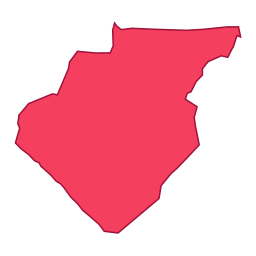 Remo North, Ogun, Nigeria (Albers equal-area conic projection)
{"feature_id": "59680162B54973397451304", "entity_name": "Remo North", "entity_type": "district", "adm_level": 2, "iso_a3": "NGA", "parent_name": "Nigeria", "parent_adm1": "Ogun", "projection": "albers", "projection_center": [3.74, 7.002], "detail": "fine", "context": "isolated", "style": "filled", "palette": "rose", "viewbox_px": 256, "rotation_deg": 0, "n_neighbors": 0, "source": "geoboundaries", "source_scale": "gbopen_adm2", "svg_char_len": 863}
<svg xmlns="http://www.w3.org/2000/svg" viewBox="0 0 256 256"><path d="M238.5,26.8L236.6,26.8L236.0,26.9L227.2,26.9L203.5,29.3L186.5,30.3L155.2,29.3L132.0,28.3L121.1,29.6L116.6,25.9L114.6,23.0L112.7,30.0L113.2,45.8L110.2,52.9L95.8,53.0L77.5,51.3L69.6,61.9L68.6,68.3L57.4,94.8L52.3,93.9L28.7,103.6L18.8,115.3L18.9,116.3L17.8,123.6L19.7,128.2L15.4,142.9L21.0,148.7L28.8,154.7L34.5,160.7L39.1,162.9L41.0,166.3L50.5,174.8L56.2,181.2L60.7,183.9L64.2,188.0L70.7,197.0L78.1,204.3L82.6,210.2L91.6,217.8L99.0,224.3L104.3,231.3L118.0,233.0L159.0,198.5L161.1,185.7L170.9,173.7L177.2,168.1L186.9,158.0L199.2,144.9L195.2,124.8L194.2,117.3L197.1,106.8L185.4,99.2L187.1,93.5L191.0,91.8L196.0,81.8L202.4,75.0L202.5,68.8L205.6,64.7L208.2,61.6L221.2,55.8L227.8,57.3L232.0,48.9L233.3,46.9L237.0,35.6L240.6,37.0L238.5,26.8Z" fill="#f43f5e" stroke="#9f1239" stroke-width="1.5"/></svg>